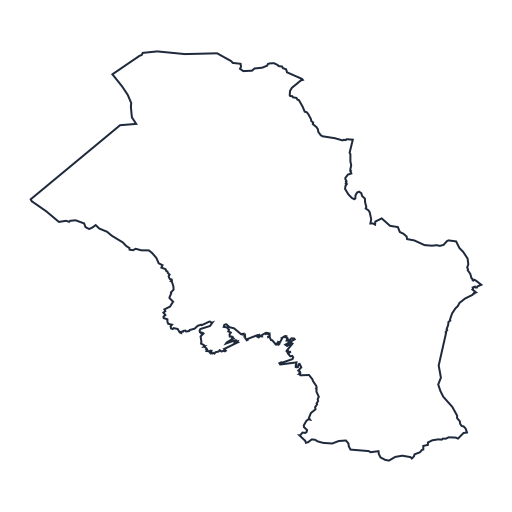 outline of Oslo nor, Oslo, Norway
{"feature_id": "86288312B18463313731869", "entity_name": "Oslo nor", "entity_type": "district", "adm_level": 2, "iso_a3": "NOR", "parent_name": "Norway", "parent_adm1": "Oslo", "projection": "natural_earth1", "projection_center": [10.768, 59.972], "detail": "fine", "context": "isolated", "style": "outline", "palette": "slate", "viewbox_px": 512, "rotation_deg": 0, "n_neighbors": 0, "source": "geoboundaries", "source_scale": "gbopen_adm2", "svg_char_len": 6074}
<svg xmlns="http://www.w3.org/2000/svg" viewBox="0 0 512 512"><path d="M463.6,426.4L461.7,426.0L460.2,423.9L459.8,421.3L457.1,418.1L457.1,415.6L452.3,406.9L443.3,396.8L440.4,391.0L438.2,384.5L440.9,377.7L438.7,365.5L445.9,333.6L446.1,332.4L445.7,332.0L447.2,330.1L446.6,329.2L448.1,325.2L448.5,321.9L450.3,320.6L450.0,319.5L452.1,313.4L455.4,308.4L457.8,306.1L459.5,302.9L465.1,298.5L472.6,294.8L473.1,293.9L474.3,293.6L474.2,292.9L476.0,292.4L472.4,289.5L473.1,288.7L472.7,287.5L475.0,286.6L475.4,287.4L476.8,287.6L477.6,286.3L481.3,284.8L475.9,280.6L474.4,279.8L473.4,280.6L472.7,280.3L472.3,278.7L471.5,278.3L470.3,273.9L467.7,270.2L468.0,269.1L467.2,267.5L468.3,264.3L467.6,258.6L463.2,251.9L459.4,248.0L456.1,241.4L448.5,240.4L447.0,241.1L443.5,244.9L439.8,245.9L436.9,245.2L431.9,245.7L424.5,245.1L414.2,240.4L407.1,239.1L406.6,236.5L403.5,233.8L399.8,232.0L397.9,227.1L390.0,225.8L381.7,218.4L375.3,221.6L375.1,224.6L372.7,223.4L370.4,223.5L371.2,219.3L369.7,212.2L368.3,210.2L365.7,208.5L366.3,206.9L365.1,202.3L364.9,198.6L362.1,196.0L361.3,193.2L359.1,191.7L357.1,192.5L355.5,195.3L355.3,198.5L354.3,199.2L351.9,198.0L348.4,194.4L345.1,189.0L345.4,186.1L346.8,184.1L345.7,183.6L346.5,182.0L345.9,181.5L346.3,180.8L345.3,178.9L345.4,177.8L347.9,174.6L351.3,173.5L350.4,171.3L350.9,170.9L350.2,170.1L351.2,165.3L350.4,161.5L350.4,154.2L349.6,152.7L352.8,139.7L346.8,139.2L345.6,140.1L343.8,139.8L342.6,140.4L334.8,138.2L322.6,136.3L320.8,135.3L318.3,131.9L317.9,129.3L316.4,127.0L312.8,124.1L313.2,122.6L311.2,120.9L311.0,119.2L308.2,114.0L306.7,112.2L304.7,111.7L302.7,106.8L298.9,100.1L297.5,99.7L296.4,97.9L292.9,97.3L292.3,96.2L290.1,96.0L289.7,95.1L290.1,90.7L291.9,87.8L300.9,80.4L302.8,79.9L302.1,79.0L287.0,72.3L286.1,69.3L283.0,68.2L282.0,66.5L278.6,66.1L277.7,65.0L273.9,63.2L269.8,63.4L267.9,64.0L267.1,65.7L262.2,67.7L254.5,68.5L252.0,70.7L243.3,71.1L240.0,68.8L241.0,66.7L240.6,63.8L232.7,62.9L231.3,61.2L217.1,53.3L184.9,54.1L157.3,51.4L142.7,52.9L141.8,54.9L139.4,55.9L112.4,74.3L122.1,86.4L127.8,95.0L131.2,103.0L130.9,107.0L131.9,117.4L136.2,123.9L120.1,125.2L30.7,199.3L31.7,201.2L46.1,211.2L58.9,221.9L66.1,220.8L69.1,221.8L70.2,220.8L75.6,220.3L84.1,223.4L85.5,227.1L89.1,229.0L92.1,227.7L95.7,225.1L99.2,228.5L107.1,231.8L111.9,235.8L122.8,242.4L126.3,246.1L129.3,247.9L129.6,249.7L133.0,250.2L135.7,248.8L141.3,250.3L148.9,250.4L152.3,253.2L156.4,258.0L158.7,263.3L162.5,265.2L161.4,267.6L165.6,269.2L166.1,270.8L167.4,271.5L167.9,273.0L169.6,274.6L168.7,275.9L168.8,277.0L169.9,279.1L171.7,279.5L171.9,280.4L170.9,281.2L171.9,281.7L173.4,286.5L173.6,289.6L170.9,292.5L171.2,293.4L169.5,297.3L169.5,298.1L173.1,301.7L170.0,306.6L164.4,309.4L165.3,311.2L163.4,312.6L165.4,315.0L163.5,316.6L163.7,318.1L167.4,319.3L167.4,321.6L168.2,323.8L172.0,324.7L170.6,326.4L171.1,328.5L172.8,329.0L173.7,328.1L177.7,329.0L179.7,332.4L180.9,332.9L180.6,331.9L183.6,331.7L182.7,331.3L183.4,330.9L185.4,330.6L186.1,331.5L189.0,331.1L189.7,330.0L194.6,328.7L197.7,325.8L201.1,324.7L201.7,325.2L209.1,321.7L210.3,321.7L211.6,322.9L212.4,322.6L210.0,326.0L200.4,329.0L199.6,330.5L199.9,332.2L201.8,332.6L200.8,332.8L201.2,333.3L202.7,332.8L203.5,333.5L200.6,336.4L201.4,341.8L201.0,343.6L203.9,345.1L204.1,345.9L203.5,346.3L204.5,346.2L203.8,346.8L204.8,346.8L206.2,348.3L205.7,348.7L206.5,348.5L207.0,349.3L206.3,349.8L207.8,350.8L207.4,351.1L209.0,351.2L209.5,352.1L210.6,350.6L211.5,350.8L210.8,352.9L210.9,353.4L212.3,353.4L211.6,353.9L213.1,352.9L214.4,353.6L215.5,352.2L218.7,351.5L219.7,350.2L221.6,351.5L224.0,350.7L224.9,351.3L225.8,350.7L224.1,349.0L237.9,342.3L237.0,341.9L237.4,341.3L235.6,341.7L236.0,341.3L235.3,341.2L235.8,340.3L235.3,340.2L226.0,343.5L226.8,342.4L233.4,338.4L232.2,337.9L232.7,337.1L231.8,336.5L229.8,336.5L229.5,334.4L230.8,332.6L228.3,331.4L229.0,329.8L227.6,328.3L227.8,327.5L223.7,326.9L224.3,324.9L225.3,324.5L226.4,324.3L229.5,327.2L234.0,328.3L241.0,334.1L243.2,333.8L243.0,334.2L242.1,334.2L241.5,334.5L244.9,334.5L244.5,336.4L245.1,336.3L245.2,338.1L246.8,340.3L247.7,339.9L247.5,339.0L258.0,334.9L256.5,336.2L258.7,337.4L259.4,336.4L258.9,334.0L259.8,336.3L261.1,335.6L261.3,336.4L261.9,336.4L261.4,335.4L265.4,333.1L265.8,333.8L266.7,332.8L267.1,332.9L266.2,334.4L267.4,333.0L268.5,333.3L267.6,334.8L268.7,333.3L269.3,333.5L268.7,334.6L269.6,334.0L269.7,336.3L268.1,336.7L268.2,337.2L269.5,336.8L271.0,340.1L272.3,340.3L275.5,344.1L276.1,343.8L275.9,344.5L277.0,344.6L277.9,343.2L278.7,344.5L279.4,343.8L278.6,342.0L280.0,342.3L282.2,338.3L281.8,338.0L285.1,336.0L287.4,336.4L285.9,336.2L285.4,337.3L287.3,337.9L287.1,339.1L288.7,339.6L287.0,339.7L286.6,340.6L288.6,340.9L291.5,338.3L294.1,338.5L294.7,339.3L285.3,344.7L287.1,346.0L291.8,343.2L292.5,343.6L287.1,350.2L287.6,350.4L286.7,351.4L287.5,352.2L290.8,351.6L288.1,353.7L290.3,356.3L292.2,355.9L293.2,357.3L292.5,359.1L282.8,362.4L283.1,363.3L282.7,363.6L280.9,363.9L280.6,363.2L281.6,362.7L281.3,362.3L279.4,363.2L280.2,364.5L296.5,362.4L295.8,365.2L296.2,365.2L295.8,367.1L296.5,367.3L297.9,367.1L298.9,364.1L299.6,363.9L301.3,367.3L298.3,370.6L299.8,371.5L299.5,372.6L300.2,372.6L300.3,373.3L299.5,373.9L300.0,373.9L299.8,374.7L300.5,375.3L309.0,375.0L312.4,379.3L313.0,381.1L316.4,386.2L316.6,387.6L316.0,388.6L316.6,389.1L316.4,391.6L318.8,396.8L317.7,399.1L318.1,401.0L316.6,403.4L317.1,404.3L315.1,407.2L315.5,409.3L310.9,413.0L308.9,418.0L310.0,419.6L308.5,419.3L306.5,420.7L303.8,425.3L303.9,427.0L307.1,430.1L306.5,432.1L305.4,432.9L302.5,432.6L300.2,435.3L299.4,435.3L305.2,440.8L305.9,442.8L308.1,442.2L311.8,439.4L315.1,439.8L317.7,441.4L323.2,442.9L332.2,443.5L338.8,441.0L345.9,440.5L348.4,443.4L348.8,446.3L350.5,449.6L368.8,451.1L370.5,452.2L378.5,451.2L378.8,453.9L380.5,457.4L385.2,459.9L388.9,460.6L395.3,456.9L402.3,455.7L410.5,457.1L411.8,458.5L413.8,456.6L414.6,454.3L419.9,452.3L421.9,450.0L423.3,449.5L423.3,445.9L427.9,444.9L427.9,442.5L432.3,440.3L438.0,439.4L441.9,439.6L442.7,438.7L445.8,438.7L448.7,437.3L455.8,437.6L458.0,438.6L463.5,433.0L467.0,432.5L465.6,428.5L463.6,426.4Z" fill="none" stroke="#1e293b" stroke-width="2"/></svg>